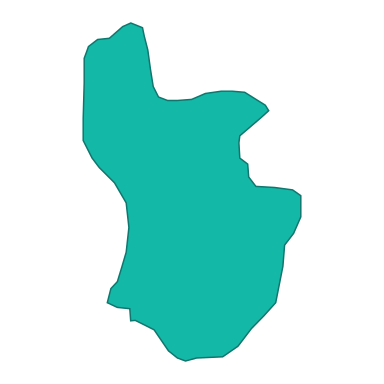 map outline of Krivogaštani (Equal Earth projection)
{"feature_id": "MKD-2941", "entity_name": "Krivogaštani", "entity_type": "Statistical Region", "adm_level": 1, "iso_a3": "MKD", "parent_name": "North Macedonia", "parent_adm1": "", "projection": "equal_earth", "projection_center": [21.362, 41.317], "detail": "fine", "context": "isolated", "style": "filled", "palette": "teal", "viewbox_px": 384, "rotation_deg": 0, "n_neighbors": 0, "source": "natural_earth", "source_scale": "10m", "svg_char_len": 871}
<svg xmlns="http://www.w3.org/2000/svg" viewBox="0 0 384 384"><path d="M130.8,23.0L142.5,27.7L144.2,35.9L147.8,50.0L150.4,68.9L153.2,86.5L158.5,97.0L167.6,100.5L177.4,100.5L191.7,99.4L205.3,93.5L221.3,91.2L232.1,91.2L244.7,92.3L265.3,105.2L268.7,110.7L260.4,118.2L239.8,135.8L238.9,142.9L239.8,158.1L247.7,164.1L248.7,177.0L255.9,186.4L274.7,187.5L292.6,189.9L300.8,195.7L300.8,216.9L293.6,233.4L284.6,245.1L282.9,266.3L275.7,302.7L264.0,315.7L251.4,328.6L238.0,346.2L222.7,356.8L196.6,358.0L185.5,361.0L177.4,358.0L168.5,350.9L154.1,329.8L135.3,320.4L130.7,320.8L129.8,308.7L117.3,307.4L107.3,302.7L110.9,288.6L117.4,281.6L121.7,267.5L126.2,252.2L128.9,227.5L126.2,202.9L114.5,182.8L99.3,167.6L92.1,158.1L83.2,140.5L83.2,118.2L84.2,82.9L84.2,58.3L86.5,52.1L88.5,46.5L97.6,39.5L109.3,38.3L122.7,26.6L130.8,23.0Z" fill="#14b8a6" stroke="#0f766e" stroke-width="1.5"/></svg>